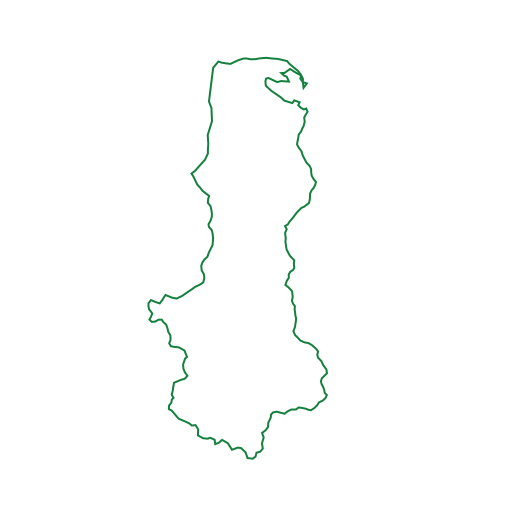 Eldorado do Sul, Rio Grande do Sul, Brazil, rotated 300°
{"feature_id": "56859067B84747380986217", "entity_name": "Eldorado do Sul", "entity_type": "district", "adm_level": 2, "iso_a3": "BRA", "parent_name": "Brazil", "parent_adm1": "Rio Grande do Sul", "projection": "robinson", "projection_center": [-51.49, -30.081], "detail": "fine", "context": "isolated", "style": "outline", "palette": "green", "viewbox_px": 512, "rotation_deg": 300, "n_neighbors": 0, "source": "geoboundaries", "source_scale": "gbopen_adm2", "svg_char_len": 3636}
<svg xmlns="http://www.w3.org/2000/svg" viewBox="0 0 512 512"><g transform="rotate(300 256 256)"><path d="M88.5,357.4L92.6,358.2L94.8,356.4L96.8,354.8L100.1,354.0L102.7,353.4L105.8,349.7L109.8,351.4L114.0,351.9L117.7,350.0L121.0,349.8L123.6,349.5L126.2,348.3L128.9,348.9L131.5,351.7L133.7,359.6L137.4,361.1L140.7,363.4L143.1,367.4L146.1,368.6L147.2,371.2L148.6,375.3L149.0,378.1L149.9,380.7L153.2,382.4L157.1,383.6L160.7,383.7L164.2,386.1L167.7,387.2L171.0,386.9L171.7,384.1L174.2,381.9L176.2,379.6L178.0,376.7L180.1,374.8L183.0,374.2L186.5,375.1L189.9,376.1L193.0,373.7L195.0,368.9L197.7,365.1L199.0,360.5L201.3,358.3L204.2,357.6L205.5,355.1L206.2,352.0L206.8,348.6L206.8,345.0L205.4,341.0L205.0,336.5L206.0,333.6L207.1,329.3L209.6,326.0L213.9,325.3L216.9,324.1L219.3,323.2L222.1,321.9L224.0,320.0L226.5,318.2L229.3,316.0L232.0,314.8L233.2,312.0L235.1,309.6L239.2,308.1L243.5,304.9L245.1,299.8L245.6,296.0L249.8,295.1L253.6,295.3L256.5,293.5L259.5,293.6L262.3,295.0L264.7,295.2L268.1,292.7L271.4,291.3L272.3,288.1L273.1,285.3L275.0,282.3L276.8,279.4L279.9,276.8L283.2,274.3L286.2,272.9L288.4,271.2L290.8,269.6L294.6,269.2L296.4,266.2L299.4,267.8L302.0,267.8L307.9,268.9L313.4,269.5L317.5,270.5L320.4,271.3L322.9,273.1L325.6,274.3L328.7,275.4L333.1,273.8L336.9,271.7L340.8,271.3L343.9,271.9L347.0,271.7L350.1,270.9L351.3,267.6L353.4,264.1L355.8,262.1L358.8,260.3L360.8,257.5L362.1,253.0L365.0,248.4L366.7,245.9L369.4,243.1L371.2,238.8L373.1,235.8L375.5,234.8L378.4,233.9L382.5,232.3L386.6,232.8L389.2,232.3L392.1,232.3L396.7,231.0L400.0,228.5L403.7,228.4L406.7,228.5L408.8,225.8L406.9,224.1L406.8,220.8L407.7,217.2L410.9,216.9L409.9,211.3L406.6,211.0L404.7,202.9L405.8,198.3L406.7,186.6L408.4,179.4L411.8,176.9L414.6,176.0L416.4,177.8L417.2,187.4L420.0,190.2L423.5,197.3L426.7,192.9L426.2,190.1L427.1,186.5L428.7,189.1L435.0,192.0L434.7,198.3L434.9,205.0L437.1,200.5L438.0,195.4L438.7,191.5L439.2,188.5L440.4,185.7L438.8,180.2L437.6,176.4L435.0,171.0L432.8,165.9L429.1,160.5L426.3,157.2L423.8,153.2L422.3,149.0L420.8,146.5L417.0,143.0L413.6,140.6L409.6,137.8L407.9,133.9L406.2,129.3L405.6,126.2L397.6,124.8L366.3,138.0L361.9,143.4L350.7,150.5L336.6,153.7L329.3,158.6L324.0,161.2L320.7,163.1L313.8,163.7L308.8,162.6L303.1,161.4L299.4,160.7L295.1,158.9L293.7,161.8L288.5,169.4L287.2,173.5L285.7,177.2L285.1,181.4L284.6,185.4L281.6,186.0L278.0,187.7L276.5,191.6L273.3,194.6L270.5,196.7L267.9,198.1L263.5,199.0L259.7,199.0L257.6,200.8L256.4,204.5L253.6,207.3L249.9,210.0L243.8,212.9L235.1,213.5L231.0,214.3L227.2,213.1L223.7,212.8L220.1,213.5L216.2,216.3L214.3,219.9L211.0,222.3L206.7,223.5L202.9,221.6L199.0,218.8L194.7,216.9L189.0,214.1L184.7,212.1L179.5,208.6L178.0,204.4L177.0,197.2L174.6,196.9L171.4,196.9L166.8,196.3L165.9,191.9L165.3,187.1L161.3,186.5L158.7,188.0L156.4,190.1L154.4,194.9L151.1,195.4L147.7,195.5L146.8,198.6L148.8,201.5L152.2,203.5L153.7,206.2L152.4,209.0L151.6,212.6L149.1,215.5L146.4,218.0L144.4,221.6L140.5,224.0L137.1,224.4L135.3,227.3L136.5,230.9L138.3,234.8L138.4,241.3L134.1,246.7L131.7,245.9L125.6,247.1L122.2,249.4L119.9,252.3L117.9,256.5L114.1,255.7L111.0,252.7L105.2,248.4L101.0,249.9L97.9,251.2L93.8,252.3L91.9,255.5L89.5,254.9L86.7,256.0L82.9,255.5L79.8,257.2L80.0,260.3L76.4,270.4L77.3,277.5L77.7,282.0L77.1,285.2L79.3,288.2L76.9,292.7L71.6,295.4L71.7,301.3L73.7,305.6L75.7,307.2L76.2,312.0L72.7,314.8L76.1,317.4L79.8,318.5L79.8,325.2L76.2,332.1L80.9,336.0L82.2,339.1L80.7,345.2L76.8,349.7L78.8,354.5L82.0,355.9L85.9,354.8L88.5,357.4ZM430.0,209.6L425.4,213.1L430.9,213.7L430.0,209.6ZM430.0,209.6L432.9,208.1L434.9,205.0L431.8,205.6L430.0,209.6Z" fill="none" stroke="#15803d" stroke-width="2"/></g></svg>